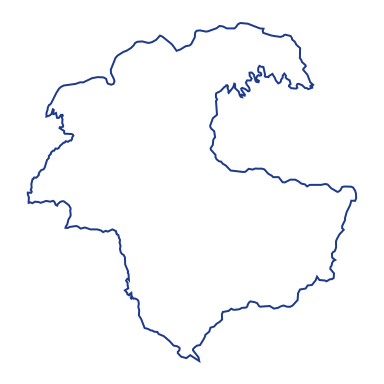 Mphaki, Quthing, Lesotho (Natural Earth projection)
{"feature_id": "5366337B73026559585968", "entity_name": "Mphaki", "entity_type": "district", "adm_level": 2, "iso_a3": "LSO", "parent_name": "Lesotho", "parent_adm1": "Quthing", "projection": "natural_earth1", "projection_center": [28.183, -30.161], "detail": "fine", "context": "isolated", "style": "outline", "palette": "blue", "viewbox_px": 384, "rotation_deg": 0, "n_neighbors": 0, "source": "geoboundaries", "source_scale": "gbopen_adm2", "svg_char_len": 5825}
<svg xmlns="http://www.w3.org/2000/svg" viewBox="0 0 384 384"><path d="M199.2,361.0L198.5,357.3L193.0,350.3L193.0,349.3L194.2,347.8L196.8,345.7L200.0,345.1L203.5,339.5L205.1,336.3L205.3,334.9L209.3,331.6L210.4,327.7L214.2,326.5L216.5,323.8L219.6,321.9L222.1,319.5L221.9,314.5L222.8,312.0L228.6,310.9L231.2,308.7L232.9,309.6L235.0,309.8L239.5,309.2L241.8,307.9L246.3,307.5L247.4,306.2L247.8,304.5L249.1,302.4L250.4,301.4L254.8,302.2L257.2,303.2L258.9,305.9L260.1,306.7L269.7,306.0L273.9,308.6L278.2,307.8L280.3,306.5L283.5,305.5L287.0,306.7L290.0,306.8L292.5,305.6L297.6,300.1L298.1,293.2L300.0,289.5L305.7,288.5L307.6,285.5L311.9,285.0L315.6,280.4L317.0,276.7L319.4,280.0L324.9,280.5L326.6,281.3L330.0,279.2L331.9,279.2L333.7,278.0L334.0,273.4L330.3,268.9L330.5,267.1L331.7,265.4L332.0,263.2L333.2,261.0L335.2,260.0L332.2,257.7L331.9,253.7L333.2,252.0L334.7,251.2L335.5,249.4L336.1,247.2L336.0,241.3L336.9,239.0L339.5,234.3L343.7,229.8L342.1,228.1L342.2,225.9L345.0,220.2L345.1,217.7L346.7,212.0L350.1,205.1L351.3,200.7L355.2,200.8L356.2,198.0L355.9,193.3L355.1,190.7L353.1,187.5L351.2,186.7L344.7,186.5L342.1,187.0L340.5,190.1L338.7,191.5L337.4,191.9L331.1,188.2L327.7,184.5L325.3,184.0L320.9,184.9L309.8,184.9L307.0,186.4L305.0,184.4L301.3,183.6L298.7,181.5L295.3,179.7L290.3,179.7L284.8,182.4L282.6,182.2L278.6,177.1L273.1,177.1L271.9,175.8L268.2,173.7L264.4,169.4L262.1,168.7L255.0,168.6L252.6,169.6L248.7,168.8L245.5,171.7L243.4,172.0L230.6,170.5L225.9,165.6L222.5,163.5L221.2,161.7L218.9,161.2L216.6,159.3L215.5,157.2L215.5,154.9L210.8,149.6L210.6,148.3L212.8,144.9L213.2,140.4L213.8,138.7L215.1,137.3L214.2,131.3L211.3,128.7L210.3,126.9L210.2,125.6L212.9,118.2L217.0,114.8L216.0,101.0L217.1,99.5L216.0,97.4L215.9,94.3L216.3,93.2L220.5,91.1L224.6,86.8L225.7,86.4L226.2,85.3L227.2,85.2L228.0,86.3L227.5,88.2L228.7,90.8L228.3,92.2L228.7,92.9L233.2,87.2L234.3,83.7L235.0,84.1L235.2,88.3L238.7,91.6L239.9,95.5L240.8,96.8L241.9,97.1L240.9,95.1L241.4,94.6L244.6,95.7L244.9,94.7L241.5,90.0L241.2,88.6L242.3,87.9L245.4,89.1L248.1,91.3L249.1,91.2L249.7,90.1L249.1,87.6L246.8,84.6L245.9,82.5L247.1,80.4L250.7,80.5L251.7,78.6L249.7,75.8L249.5,72.7L251.6,72.5L252.7,73.4L253.8,74.7L255.7,81.2L256.4,81.9L258.5,82.2L258.9,80.8L256.7,79.5L256.2,78.3L257.3,75.9L258.6,75.1L259.8,75.7L261.0,75.4L261.4,74.6L260.7,72.8L259.2,72.5L258.5,71.9L258.1,70.7L258.2,68.6L258.8,66.7L259.6,65.9L261.0,66.7L263.4,67.0L265.0,74.3L264.8,76.2L265.4,76.8L268.5,77.1L268.7,76.2L272.4,73.9L274.9,78.0L275.8,80.4L278.3,83.4L280.2,82.4L280.8,81.5L281.2,79.5L282.6,77.9L282.7,75.6L284.3,73.6L285.9,75.6L285.7,77.6L287.0,78.9L289.6,80.3L290.6,84.1L289.0,85.4L289.0,86.3L291.2,88.2L296.2,88.6L297.3,87.8L296.6,85.6L297.4,84.0L298.5,83.8L302.0,85.1L305.1,88.0L306.8,88.1L308.2,89.1L312.3,87.7L312.2,87.0L310.9,86.8L310.4,86.1L311.1,85.4L312.6,85.4L313.2,84.9L310.3,82.3L307.4,74.7L303.2,69.8L303.3,68.9L305.8,66.2L305.5,65.2L301.9,61.9L301.2,59.8L299.9,58.2L300.1,48.1L296.4,44.8L294.8,41.7L292.1,39.5L291.9,38.0L290.6,36.0L285.4,34.7L284.2,35.0L283.2,36.1L280.3,36.9L271.7,35.6L263.3,32.9L262.7,31.1L263.5,28.7L259.9,28.4L247.8,23.7L240.3,23.0L237.9,24.3L236.2,26.8L234.5,28.4L226.8,28.4L222.8,26.4L219.5,26.0L216.6,28.2L208.0,31.3L206.0,31.6L200.0,30.4L196.6,30.8L195.2,32.5L194.8,37.3L191.2,44.1L189.6,45.5L185.7,46.2L180.3,49.5L176.6,50.8L172.4,44.9L170.7,43.3L162.4,36.6L160.0,35.6L156.2,39.8L152.3,42.0L150.0,42.7L148.0,42.9L142.1,41.4L137.3,41.8L135.2,42.9L133.6,45.4L131.1,47.9L126.7,50.7L123.4,51.9L120.4,53.8L117.8,55.4L115.6,57.7L110.8,69.7L111.0,73.2L113.7,78.6L114.5,81.3L113.5,83.9L111.2,84.7L108.0,83.7L107.2,82.5L106.1,78.8L103.5,77.4L97.6,77.1L92.0,78.2L83.2,82.4L80.2,82.3L75.5,83.9L63.8,85.5L61.0,86.9L59.0,88.7L56.3,93.0L51.3,103.0L50.2,104.5L49.0,105.0L47.8,107.6L47.6,109.6L46.5,112.8L46.4,116.6L49.6,115.5L51.4,114.1L52.9,109.3L53.8,109.9L53.0,113.9L53.6,114.2L56.0,113.0L57.0,117.8L58.8,117.9L60.9,114.9L62.4,114.8L62.8,115.7L61.7,117.0L62.5,119.3L62.2,122.9L63.1,125.4L63.1,126.6L62.0,127.2L59.8,127.2L59.5,128.1L64.1,130.9L64.2,133.0L64.7,133.7L71.4,134.0L72.9,134.6L73.4,135.6L72.2,137.4L72.0,139.1L71.2,140.5L70.0,140.4L68.0,141.8L65.7,141.2L64.7,142.6L63.6,142.7L60.1,145.8L58.9,147.8L57.5,148.8L55.5,148.5L54.2,150.7L53.1,150.7L51.6,151.9L50.8,153.1L50.9,153.9L48.8,156.0L48.9,158.0L47.0,160.0L44.7,167.6L43.6,169.3L41.4,170.0L39.5,172.1L38.6,174.1L38.9,174.8L37.5,176.6L36.2,177.7L34.1,177.5L33.4,178.9L32.6,179.0L31.4,183.8L31.6,188.0L30.8,189.4L30.8,190.1L31.7,191.3L31.5,192.3L31.1,192.8L27.8,192.6L27.8,194.3L28.9,197.4L28.5,203.7L28.9,202.7L29.8,202.2L32.4,203.2L34.9,201.7L38.3,202.0L40.8,202.8L46.2,200.9L50.2,201.7L53.1,200.8L54.4,201.8L55.8,205.0L57.2,205.6L57.8,204.0L60.3,201.9L62.2,201.2L63.8,201.3L68.9,205.2L70.5,208.0L70.6,209.3L70.2,210.4L70.7,214.9L70.3,216.5L68.5,219.4L67.2,224.5L66.0,226.1L65.5,227.8L67.4,228.0L69.9,226.9L76.2,226.0L78.2,226.7L80.6,228.6L85.0,227.5L90.5,229.4L97.2,229.4L100.8,230.4L103.1,232.1L105.9,230.8L107.8,231.6L112.4,229.4L116.1,231.2L116.2,233.0L116.7,233.3L116.9,234.4L118.3,235.0L119.1,238.2L119.9,239.5L119.9,241.7L119.5,242.3L120.5,245.9L120.0,248.9L120.7,252.2L122.0,254.0L123.6,254.9L124.9,257.3L125.2,264.6L128.1,271.4L127.8,272.9L128.5,273.8L128.9,279.9L128.1,278.9L127.2,278.9L126.1,280.6L127.6,282.9L127.6,285.3L128.3,288.3L124.9,290.4L127.3,293.0L127.3,294.2L129.0,295.3L129.7,294.8L129.8,294.0L131.3,292.9L131.6,296.0L130.7,297.7L131.3,298.6L132.5,297.3L133.4,298.7L135.2,298.5L137.5,299.7L138.4,301.0L138.8,303.6L138.3,307.0L139.2,310.2L138.9,315.4L141.2,319.1L144.6,328.0L147.9,328.9L150.8,330.4L152.4,330.6L154.2,331.7L157.4,332.0L158.6,334.0L163.7,336.1L169.7,341.2L173.6,345.6L177.0,346.2L178.7,347.2L179.5,347.9L179.7,349.0L179.1,350.6L177.8,351.9L177.8,353.2L181.2,356.7L186.4,358.1L190.2,355.2L199.2,361.0Z" fill="none" stroke="#1e3a8a" stroke-width="2"/></svg>